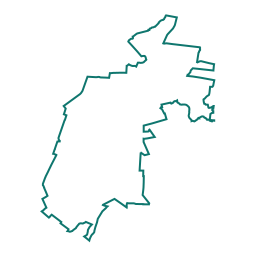 outline of Mihail Kogalniceanu, Constanta, Romania
{"feature_id": "2599482B89648191700760", "entity_name": "Mihail Kogalniceanu", "entity_type": "district", "adm_level": 2, "iso_a3": "ROU", "parent_name": "Romania", "parent_adm1": "Constanta", "projection": "orthographic", "projection_center": [28.516, 44.369], "detail": "fine", "context": "isolated", "style": "outline", "palette": "teal", "viewbox_px": 256, "rotation_deg": 0, "n_neighbors": 0, "source": "geoboundaries", "source_scale": "gbopen_adm2", "svg_char_len": 5605}
<svg xmlns="http://www.w3.org/2000/svg" viewBox="0 0 256 256"><path d="M137.3,33.4L136.2,34.1L133.1,36.5L132.7,36.6L133.0,38.0L132.8,38.5L132.5,38.7L131.0,38.8L130.1,39.4L129.7,39.8L128.9,40.3L128.6,40.9L128.3,41.6L131.9,45.5L137.3,51.5L141.4,56.3L142.7,56.0L144.0,55.9L144.7,56.0L145.0,56.4L145.4,56.8L145.6,57.3L145.8,58.0L146.0,59.0L146.3,59.7L145.8,60.3L145.5,60.4L145.0,60.9L143.7,62.2L143.3,62.4L142.0,62.8L141.4,62.8L140.4,62.9L139.6,62.7L139.2,62.7L137.9,62.7L137.8,62.9L137.7,63.1L137.6,63.4L136.2,66.6L135.0,65.9L132.7,66.0L131.5,65.7L129.5,64.8L129.2,64.5L128.8,64.3L127.0,65.9L126.7,65.9L126.3,72.8L121.6,72.7L113.2,72.9L111.3,73.1L109.9,73.1L109.1,77.8L105.4,77.6L100.2,77.4L99.5,77.0L98.2,76.9L97.3,77.1L96.7,77.1L96.1,77.2L87.5,76.7L82.8,90.0L82.3,91.2L81.6,92.2L81.0,93.1L79.9,94.2L78.5,95.2L63.7,106.0L65.7,108.6L63.9,114.3L66.4,115.3L64.9,120.0L64.6,120.2L59.5,134.9L58.5,137.9L58.5,138.4L58.6,138.8L59.4,141.3L59.7,141.2L59.7,141.4L57.4,141.5L54.9,148.8L54.9,149.2L54.7,149.4L54.6,149.6L53.2,153.7L53.3,153.7L56.4,154.9L56.4,155.0L51.4,164.7L48.5,170.7L48.2,171.4L47.1,173.6L45.7,176.4L45.3,177.5L45.1,177.8L45.0,178.1L42.9,183.8L42.9,185.3L43.4,185.8L44.2,187.7L44.1,187.8L45.8,191.7L47.5,195.8L45.9,196.9L42.4,198.9L46.4,207.7L45.0,208.6L43.4,210.2L41.7,211.4L48.9,217.6L49.5,217.1L50.2,216.3L50.5,215.8L51.7,214.7L61.3,222.0L60.5,223.3L68.5,229.2L67.7,230.8L67.5,231.1L68.7,231.2L69.2,231.6L69.9,231.7L70.9,231.5L71.8,231.1L72.3,231.0L73.2,230.1L74.8,228.9L75.7,228.3L76.0,228.0L76.1,227.6L76.7,226.8L77.7,225.5L78.4,224.7L78.7,224.4L79.1,223.8L79.4,223.6L80.7,223.3L82.6,223.5L83.0,223.5L83.6,223.1L84.8,222.7L85.8,221.9L91.9,224.5L90.0,226.5L89.5,227.1L88.1,229.6L87.9,230.1L87.8,231.6L87.3,233.8L87.1,234.5L86.9,234.8L86.6,235.1L84.2,236.5L87.5,239.1L89.3,240.6L89.7,239.2L90.3,237.6L91.3,235.6L92.0,234.6L93.0,233.7L93.6,233.0L94.2,232.2L94.5,230.4L95.4,227.0L97.0,222.4L97.8,218.8L102.4,211.3L106.0,208.0L106.3,207.6L106.9,206.4L107.4,206.5L107.5,206.4L106.6,206.2L104.9,205.8L104.1,205.5L102.9,205.0L103.0,204.8L114.5,198.9L121.1,203.5L126.7,207.5L126.8,207.0L126.6,205.6L126.7,204.9L126.8,204.0L127.2,203.1L127.6,203.2L128.6,203.3L133.5,203.3L134.5,203.5L135.9,204.0L143.3,204.1L143.3,204.3L148.9,204.3L148.9,204.2L149.2,203.3L142.6,195.0L142.6,194.9L142.7,194.6L143.3,189.8L143.5,187.6L143.7,182.3L143.7,181.8L143.8,176.1L143.2,176.1L143.3,170.6L139.6,170.6L140.7,152.5L140.5,152.4L144.6,155.2L148.9,154.1L143.8,142.5L143.6,142.0L143.6,138.7L144.2,138.8L147.3,138.4L154.7,137.0L149.5,129.6L149.2,129.8L148.9,130.9L148.7,131.2L148.6,131.4L148.2,131.5L146.8,131.6L143.7,131.7L143.7,125.6L151.8,123.5L166.5,119.2L164.8,113.4L164.6,113.4L164.4,113.5L164.2,113.5L162.0,109.2L160.4,108.2L160.5,108.0L161.3,107.0L162.1,107.0L161.5,104.6L170.6,102.6L171.1,103.2L171.0,103.4L171.3,103.6L172.5,103.1L173.0,102.8L173.5,102.2L173.7,101.7L174.0,101.6L174.3,101.4L174.6,101.2L175.0,101.1L175.5,101.2L176.7,100.7L177.1,100.4L177.3,101.3L177.3,102.3L177.9,102.8L178.6,103.0L179.5,103.8L179.8,104.3L180.5,104.4L180.8,104.6L181.7,104.7L182.0,104.7L182.3,104.5L182.8,104.5L184.7,104.5L186.1,104.8L186.7,105.1L187.8,106.0L188.7,106.9L189.0,107.3L189.2,108.1L189.3,108.2L189.4,109.4L189.3,109.7L189.3,110.6L189.2,111.1L189.2,111.9L189.3,112.2L189.0,114.2L188.7,115.4L188.7,116.0L188.9,116.6L189.0,117.0L189.1,117.3L189.5,118.0L189.8,118.4L190.2,118.7L190.6,119.1L190.8,119.5L191.4,119.9L191.6,120.3L191.6,121.0L191.8,120.9L193.1,121.0L193.3,121.1L193.8,121.1L194.0,121.2L194.1,121.3L194.3,121.4L195.3,120.9L195.6,120.5L195.9,120.3L196.0,120.3L196.3,120.2L197.3,119.4L197.3,119.2L197.9,118.8L198.0,118.6L198.2,118.4L198.3,118.4L198.2,118.3L198.2,118.1L198.3,118.0L198.5,117.9L199.0,118.0L199.3,117.8L199.2,117.8L199.3,117.7L199.9,117.5L200.1,117.4L200.4,117.3L200.6,117.1L200.9,116.9L201.0,116.8L202.0,116.4L202.9,116.4L203.4,116.7L203.7,116.7L204.0,117.2L204.5,117.7L205.0,117.9L205.4,117.9L205.6,118.2L205.9,118.3L206.3,118.6L206.5,118.8L206.6,119.3L206.9,119.7L207.5,119.8L207.9,119.6L208.4,119.6L209.2,120.0L209.6,120.6L209.8,120.7L211.9,121.4L212.1,121.4L212.3,121.1L212.6,120.8L213.3,120.6L214.2,120.7L214.2,120.3L211.6,120.2L209.8,119.7L210.4,114.0L211.8,113.0L213.3,112.8L213.3,111.2L213.0,111.2L212.2,110.1L212.4,108.6L213.3,108.7L213.7,106.0L213.4,106.0L211.6,107.2L210.6,107.6L209.1,107.9L208.6,107.8L208.4,107.5L207.8,104.7L205.7,104.6L205.6,104.3L205.3,104.0L204.9,103.8L204.3,103.8L203.9,102.6L203.6,100.8L203.5,99.4L203.7,99.2L204.5,98.8L206.7,96.4L208.9,95.0L209.0,94.8L209.4,93.2L209.6,91.6L210.1,86.8L212.4,86.8L213.2,85.7L213.6,83.5L214.3,80.2L200.6,77.7L192.9,76.5L187.2,75.9L187.5,75.2L187.6,74.8L188.2,74.9L188.3,74.5L188.7,74.2L188.9,73.9L189.8,72.8L190.4,72.1L190.5,71.2L190.9,70.3L192.8,68.3L197.7,68.8L213.4,70.5L213.4,70.4L213.9,65.3L214.1,64.2L209.3,63.2L201.2,61.2L200.6,61.2L199.8,61.3L198.7,61.8L197.4,62.4L197.0,62.7L196.8,63.0L197.1,62.0L197.3,60.5L198.5,52.8L198.6,52.6L198.9,52.3L198.9,52.1L199.1,51.5L199.2,51.2L199.9,50.4L200.1,50.0L200.1,49.5L199.9,49.1L200.0,48.5L200.1,48.1L200.1,47.8L199.9,47.3L172.5,44.1L166.5,43.3L165.4,43.4L164.7,43.6L163.6,43.5L163.3,43.4L167.1,35.0L167.4,34.6L167.8,34.1L173.0,28.5L174.7,25.5L175.0,24.6L176.8,17.4L166.1,15.4L166.0,15.6L165.5,16.1L165.2,17.3L164.8,17.6L164.6,18.0L164.3,18.4L164.1,19.1L163.4,19.5L163.3,19.8L162.0,20.1L161.0,20.5L160.3,21.0L158.7,22.5L158.7,23.1L155.1,26.7L154.7,26.6L154.1,27.0L153.1,27.4L152.3,27.4L151.9,27.5L151.3,28.1L149.8,28.6L149.7,28.7L149.7,28.9L149.6,29.1L149.6,29.3L149.5,29.5L149.4,30.0L148.3,29.9L148.1,30.7L137.5,33.4L137.3,33.4Z" fill="none" stroke="#0f766e" stroke-width="2"/></svg>